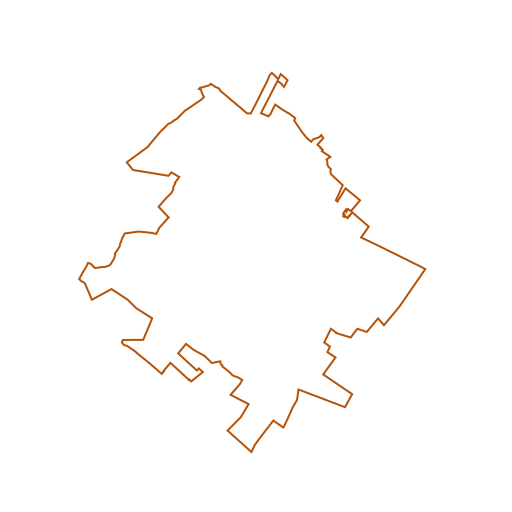 Cansahcab, Yucatán, Mexico (Equal Earth projection), rotated 35°
{"feature_id": "50627088B59546210151388", "entity_name": "Cansahcab", "entity_type": "district", "adm_level": 2, "iso_a3": "MEX", "parent_name": "Mexico", "parent_adm1": "Yucatán", "projection": "equal_earth", "projection_center": [-89.082, 21.167], "detail": "fine", "context": "isolated", "style": "outline", "palette": "amber", "viewbox_px": 512, "rotation_deg": 35, "n_neighbors": 0, "source": "geoboundaries", "source_scale": "gbopen_adm2", "svg_char_len": 3492}
<svg xmlns="http://www.w3.org/2000/svg" viewBox="0 0 512 512"><g transform="rotate(35 256 256)"><path d="M240.1,119.5L239.8,122.1L238.6,124.0L236.3,127.1L235.9,128.2L235.6,130.8L231.5,130.4L228.1,129.7L221.8,127.8L209.6,123.1L209.0,120.5L202.1,120.3L200.3,120.3L200.3,120.5L192.9,121.0L184.9,120.9L186.3,130.9L186.5,132.0L186.2,132.5L186.2,134.4L178.2,136.2L177.3,130.2L176.0,120.4L173.2,100.3L177.4,100.3L179.1,100.7L182.0,101.4L181.5,97.4L181.0,93.9L172.0,92.8L172.0,93.5L172.3,95.2L172.7,98.5L167.1,97.3L163.9,97.0L163.5,100.2L164.2,103.5L165.2,108.3L165.7,112.4L168.8,133.1L170.0,142.2L166.9,144.3L157.5,143.4L146.0,142.4L132.2,141.1L129.4,140.0L125.8,140.8L120.2,140.9L119.9,142.8L119.1,143.8L114.9,149.2L113.7,150.1L113.5,151.9L115.4,151.4L119.0,154.0L122.1,155.5L121.8,158.5L120.4,162.3L114.4,177.9L112.6,188.9L111.2,191.7L109.6,196.6L108.4,197.7L107.9,201.1L106.3,209.6L104.9,225.7L104.9,228.2L96.4,253.4L105.9,256.1L138.3,240.5L138.7,236.1L147.8,235.3L147.6,242.7L148.3,243.0L148.4,244.3L148.8,247.1L149.8,248.6L150.6,252.5L149.7,257.9L149.5,258.3L149.2,260.0L148.6,265.7L148.0,271.5L161.3,274.3L162.3,274.5L160.6,288.4L161.7,295.0L155.8,297.7L155.3,298.0L153.8,298.8L145.8,303.3L135.5,312.9L136.0,315.5L136.0,317.2L136.3,318.3L136.7,319.9L137.0,320.7L137.3,321.8L137.5,323.2L138.7,326.3L138.9,327.1L139.1,335.1L140.1,335.9L141.3,340.1L141.6,346.5L141.2,348.1L138.3,351.9L135.8,353.7L131.1,358.2L124.7,357.2L122.4,358.0L123.2,362.8L123.5,368.6L124.4,376.4L128.0,376.8L129.8,376.3L132.2,376.9L146.6,386.0L156.6,366.0L175.8,365.4L188.0,367.5L206.7,366.6L208.5,374.7L209.9,381.2L211.7,389.4L209.6,390.9L205.7,393.6L201.9,396.3L200.1,397.6L195.2,401.1L195.5,403.6L198.5,404.6L199.4,404.5L201.5,403.7L203.5,403.5L207.8,403.5L212.2,403.5L214.9,403.9L224.1,404.5L228.5,404.8L229.8,404.9L246.5,406.6L246.7,403.1L246.2,403.1L247.2,392.6L265.7,395.1L272.3,396.0L272.3,395.4L274.9,395.8L279.0,381.6L273.6,380.9L273.2,383.7L270.9,383.4L248.1,380.4L249.1,368.1L258.6,368.7L271.3,367.3L281.2,369.0L287.1,362.8L289.1,364.8L291.2,364.9L292.1,365.8L300.8,366.3L305.3,367.2L307.4,366.8L310.5,365.8L315.8,365.4L316.3,370.1L314.8,384.3L334.9,381.6L336.0,396.9L332.8,415.3L364.7,419.2L363.4,411.8L363.6,401.4L364.6,380.8L376.6,380.9L376.7,379.4L375.3,371.3L372.9,358.9L372.2,350.4L367.4,341.0L415.6,328.8L414.0,314.0L393.8,314.3L379.0,314.5L379.3,293.5L369.6,293.8L369.5,293.2L368.5,287.8L361.4,287.7L361.4,287.1L359.1,272.7L365.9,272.7L366.0,273.1L380.3,268.5L380.7,257.5L390.3,254.7L391.8,237.1L395.4,238.0L400.5,239.3L402.5,215.3L402.4,199.8L402.2,169.7L396.9,170.2L392.1,171.0L379.1,173.0L367.7,174.7L365.0,175.2L362.7,175.5L358.9,176.1L355.4,176.6L353.3,176.9L348.8,177.6L331.7,180.5L331.4,180.5L331.6,176.3L331.5,176.2L331.5,167.3L324.1,166.5L318.2,165.9L309.8,165.0L309.6,169.4L309.2,169.3L309.2,169.7L309.1,170.9L309.4,171.0L309.3,172.5L305.9,172.1L305.9,173.4L305.0,173.4L305.0,172.3L304.4,172.7L304.3,171.3L303.1,171.3L303.0,166.0L303.2,165.8L304.7,167.6L304.7,164.7L308.0,164.8L308.3,161.5L308.4,160.6L308.9,155.1L309.3,150.7L303.0,150.2L290.5,149.2L291.2,159.1L291.5,164.7L289.5,164.5L286.5,148.3L282.0,147.6L271.5,146.1L270.7,145.9L269.8,145.3L269.1,144.8L268.1,143.4L267.6,142.0L267.4,141.8L266.7,141.7L265.9,141.7L264.6,141.4L263.1,140.9L262.6,140.7L261.8,139.8L260.7,138.2L259.5,137.2L259.1,136.8L258.4,136.4L259.8,132.9L260.2,132.3L259.8,132.1L249.8,132.4L249.8,130.7L247.1,130.7L247.1,130.1L242.5,129.5L243.5,120.9L240.1,119.5Z" fill="none" stroke="#b45309" stroke-width="2"/></g></svg>